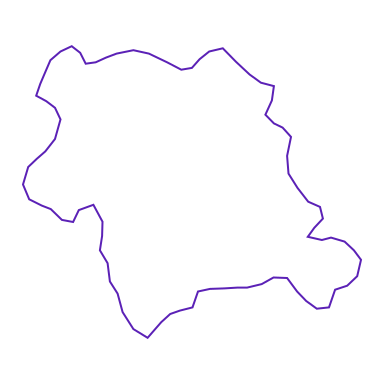 Bandeira do Sul, Minas Gerais, Brazil
{"feature_id": "56859067B38581896750918", "entity_name": "Bandeira do Sul", "entity_type": "district", "adm_level": 2, "iso_a3": "BRA", "parent_name": "Brazil", "parent_adm1": "Minas Gerais", "projection": "equal_earth", "projection_center": [-46.384, -21.726], "detail": "fine", "context": "isolated", "style": "outline", "palette": "violet", "viewbox_px": 384, "rotation_deg": 0, "n_neighbors": 0, "source": "geoboundaries", "source_scale": "gbopen_adm2", "svg_char_len": 1098}
<svg xmlns="http://www.w3.org/2000/svg" viewBox="0 0 384 384"><path d="M222.8,48.3L209.2,51.5L199.6,59.2L191.9,67.9L181.3,69.7L167.1,62.3L148.9,53.6L133.4,50.2L116.6,53.6L106.0,57.6L95.7,62.3L85.7,63.7L80.2,52.8L71.7,46.2L60.5,51.5L50.4,60.2L45.7,71.1L40.2,84.0L36.2,95.7L46.3,101.2L55.0,107.8L60.5,119.4L55.0,139.0L45.3,151.4L36.8,158.8L28.2,167.0L23.0,184.5L29.2,199.3L41.8,205.6L50.8,209.1L61.9,219.9L73.1,222.0L78.8,210.1L93.4,204.8L102.5,221.7L102.1,236.0L99.9,250.3L107.6,263.2L109.9,281.5L117.6,293.6L122.6,312.1L133.4,329.1L147.6,337.8L161.2,322.2L170.2,314.0L179.9,310.6L192.5,307.4L198.0,291.5L210.0,288.9L224.2,288.4L237.4,287.6L247.1,287.6L261.7,284.1L273.5,277.5L287.1,278.0L297.1,291.5L306.2,301.0L316.8,308.7L329.0,307.4L335.1,289.7L347.2,285.7L357.2,276.2L361.0,259.8L353.9,250.3L344.6,241.6L331.0,237.6L321.9,240.0L307.8,236.8L314.3,227.8L322.9,218.6L320.0,206.9L308.2,201.7L297.5,187.9L288.5,173.6L287.1,155.9L291.0,136.9L282.6,127.6L273.9,123.4L265.4,114.7L271.9,100.4L273.9,86.1L260.9,82.7L249.6,74.5L236.0,61.8L222.8,48.3Z" fill="none" stroke="#5b21b6" stroke-width="2"/></svg>